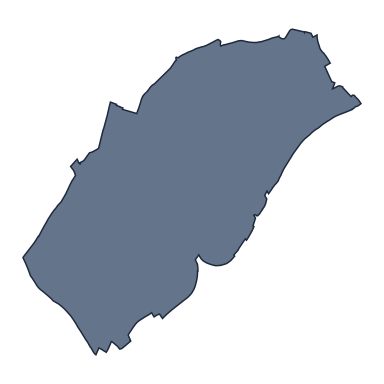 Simpelveld, Limburg, Netherlands, rotated 90°
{"feature_id": "6326949B7850161968800", "entity_name": "Simpelveld", "entity_type": "district", "adm_level": 2, "iso_a3": "NLD", "parent_name": "Netherlands", "parent_adm1": "Limburg", "projection": "equal_earth", "projection_center": [5.98, 50.831], "detail": "fine", "context": "isolated", "style": "filled", "palette": "slate", "viewbox_px": 384, "rotation_deg": 90, "n_neighbors": 0, "source": "geoboundaries", "source_scale": "gbopen_adm2", "svg_char_len": 5769}
<svg xmlns="http://www.w3.org/2000/svg" viewBox="0 0 384 384"><g transform="rotate(90 192 192)"><path d="M102.3,23.9L101.0,24.7L99.3,26.1L98.2,27.2L97.1,28.3L96.5,29.0L96.0,29.1L95.3,29.9L95.2,31.7L96.5,32.7L96.5,33.0L93.4,35.9L89.9,39.1L87.5,41.4L86.9,41.3L86.0,43.6L85.9,44.5L85.9,45.1L86.2,46.1L86.6,47.0L87.8,49.1L88.8,51.4L82.9,49.2L82.2,50.7L82.0,51.3L81.6,52.3L66.3,59.3L65.9,58.5L65.3,57.6L64.5,56.1L64.0,55.4L63.5,54.4L63.2,54.1L63.1,53.8L61.2,54.9L59.9,55.6L57.6,57.1L56.3,57.9L54.0,59.7L53.4,60.1L51.9,61.7L51.0,62.4L49.1,63.7L48.7,63.9L48.0,64.2L45.6,64.9L42.8,65.8L41.1,66.3L39.2,66.6L37.4,66.9L35.3,67.0L35.0,67.0L35.2,67.4L35.9,68.6L36.3,69.4L36.8,70.3L37.2,71.1L33.8,72.7L33.3,73.0L31.7,79.0L32.1,79.2L32.1,79.5L32.5,79.6L32.3,79.7L32.0,79.8L31.9,80.0L29.5,90.2L29.3,91.1L29.2,91.6L29.3,92.1L29.4,92.6L29.6,93.0L29.9,93.4L30.2,93.8L30.5,94.2L31.0,94.5L36.8,98.0L37.4,98.4L37.9,98.8L38.2,99.1L38.5,99.5L38.7,100.0L38.8,100.3L38.8,100.6L38.9,101.0L38.8,101.5L38.7,101.9L38.1,103.2L37.6,104.1L37.3,104.5L36.9,104.9L36.4,105.1L36.1,105.1L36.3,105.3L36.6,106.5L36.8,107.0L37.1,107.8L37.3,109.0L37.7,110.6L38.1,112.2L38.4,112.7L38.9,114.0L39.3,115.0L40.7,119.5L41.2,121.0L41.4,121.7L41.7,122.8L41.8,123.8L41.9,124.3L42.3,126.5L42.5,127.7L42.5,128.5L42.5,130.5L42.3,132.7L42.2,134.4L42.0,135.6L41.0,140.3L41.0,140.6L40.8,140.8L40.7,141.1L40.6,141.9L40.6,142.5L40.6,143.5L40.8,145.1L41.0,146.1L43.1,152.7L43.1,153.1L43.4,154.1L43.7,155.4L44.1,156.9L44.2,157.4L44.4,157.8L44.7,158.5L44.8,158.8L44.6,159.7L45.9,162.9L46.0,163.2L45.5,163.4L44.4,163.7L44.1,163.7L43.7,163.7L42.9,163.6L42.6,163.5L42.2,163.2L41.5,163.4L40.8,163.9L40.3,164.5L39.6,165.8L39.5,166.0L40.3,167.8L43.0,172.8L44.4,175.5L45.1,176.9L45.5,177.8L46.2,179.7L46.5,180.4L46.9,182.4L47.6,184.5L48.1,186.4L48.5,187.5L49.0,188.8L49.3,189.2L50.1,190.6L50.4,191.3L50.6,192.0L51.2,193.1L51.4,193.8L51.8,194.9L52.0,195.5L52.8,197.1L53.6,198.6L54.1,199.6L54.3,200.1L54.8,201.3L55.5,202.5L56.0,203.4L57.2,205.1L57.5,205.6L57.7,206.3L57.7,206.5L57.5,206.9L57.3,207.4L57.2,207.7L57.3,207.9L58.1,208.1L58.3,208.2L58.9,208.0L60.2,207.6L60.8,208.6L64.6,211.1L68.3,213.7L79.1,224.7L83.3,229.0L83.9,229.6L84.4,230.5L85.1,231.6L86.1,232.6L86.8,233.3L87.2,233.7L88.4,234.5L90.3,235.9L91.8,237.1L92.7,238.0L93.7,239.1L94.3,239.7L95.6,240.8L96.5,241.4L96.9,241.4L97.0,241.6L97.6,241.9L98.4,242.2L100.0,242.8L102.0,243.3L105.4,244.4L107.3,245.0L113.5,247.3L109.4,261.5L108.0,261.1L107.0,263.9L106.8,263.9L105.4,267.7L104.4,267.4L102.1,273.6L107.7,275.0L115.2,276.7L128.1,280.2L130.3,281.0L141.8,283.8L143.1,284.1L148.1,285.4L148.4,285.5L150.2,288.4L151.8,291.4L152.2,292.4L152.7,294.1L153.0,294.7L159.8,299.6L160.9,300.5L162.6,304.0L163.8,303.6L164.0,303.9L163.7,304.4L163.6,304.7L163.4,304.8L162.4,305.5L161.3,305.9L160.0,306.5L159.2,306.9L166.5,313.4L170.3,310.5L172.7,309.4L175.5,308.5L176.1,308.9L179.4,311.0L181.5,312.4L181.9,312.5L184.6,313.9L193.4,318.0L196.6,319.8L199.0,321.2L202.2,323.1L203.1,324.0L204.1,325.0L205.1,326.0L208.5,328.4L209.8,329.6L213.2,332.1L218.6,335.6L220.4,336.6L228.4,341.1L236.0,345.1L236.5,345.3L236.3,345.7L241.0,348.6L243.2,350.1L257.4,361.0L257.7,361.0L258.0,360.9L262.8,358.6L265.1,357.6L269.3,355.9L273.0,354.5L275.9,353.5L277.0,352.6L280.9,350.0L285.2,347.3L286.6,346.4L287.2,345.9L289.2,344.0L292.4,340.0L295.5,336.3L298.9,332.5L300.8,330.9L304.1,325.2L304.9,324.2L307.1,321.5L309.2,319.3L311.1,317.5L316.1,313.1L319.1,311.0L322.9,308.5L327.8,305.7L330.9,303.6L336.7,300.0L339.4,298.4L342.4,296.3L347.1,293.7L347.7,293.1L349.1,292.3L352.0,290.6L353.6,289.5L354.8,288.1L348.0,285.1L349.1,282.8L350.5,280.7L351.6,278.8L352.3,277.8L350.6,276.7L347.4,275.1L343.2,273.3L341.5,272.7L341.6,272.3L342.2,271.4L346.2,266.6L348.3,264.9L349.1,264.3L348.6,262.3L345.3,258.2L344.4,257.2L341.2,253.4L340.5,253.8L340.4,253.5L337.9,254.6L336.6,255.2L334.8,255.8L328.0,251.3L325.6,249.6L324.4,248.7L323.1,247.6L322.3,246.8L321.3,245.7L320.5,244.6L318.3,241.2L316.8,238.9L314.1,234.2L312.7,232.4L316.0,230.5L316.9,229.9L316.6,229.4L316.3,229.0L315.5,227.7L315.0,227.0L314.8,226.5L314.5,225.8L314.1,224.5L318.5,221.5L314.7,217.7L313.2,216.0L312.0,214.7L309.5,211.7L307.2,208.8L297.2,196.1L294.8,193.7L293.2,192.4L291.1,191.1L288.5,189.7L286.8,189.1L283.8,188.2L280.5,187.4L277.6,186.9L275.2,186.6L272.9,186.5L271.1,186.5L271.2,186.1L268.5,186.1L267.3,186.2L266.2,186.3L265.4,186.4L264.3,186.6L263.6,186.8L262.6,187.3L259.8,188.7L254.9,185.2L258.0,183.4L259.2,182.5L260.7,181.0L262.2,178.7L263.1,176.9L264.1,174.3L265.0,171.3L265.7,168.4L265.5,164.4L265.3,163.4L265.1,162.4L264.1,159.0L263.8,158.1L263.5,157.5L262.9,156.4L261.4,154.3L260.4,153.1L260.0,152.7L256.2,149.4L255.0,150.2L250.3,146.0L248.2,145.0L238.9,138.7L240.2,137.5L238.9,136.6L236.4,135.1L233.8,133.6L231.1,132.1L228.3,130.8L226.5,130.1L226.0,131.0L221.6,129.6L218.0,128.5L215.2,130.2L214.7,128.5L215.9,127.0L215.5,126.7L215.6,126.2L215.1,125.7L214.1,124.6L211.6,123.0L209.4,121.4L209.1,121.6L207.7,120.4L206.6,119.7L203.8,118.4L200.1,117.5L198.9,117.2L197.7,118.0L196.2,118.8L195.5,119.3L191.1,117.0L193.7,115.4L191.9,114.2L190.7,113.3L189.5,112.4L188.2,111.7L187.0,110.8L185.8,109.9L184.6,109.0L183.6,107.9L182.4,107.0L181.3,106.0L179.9,105.4L178.4,104.8L175.9,103.5L175.7,103.3L175.3,103.1L173.3,102.3L172.7,102.0L170.8,101.1L168.7,100.1L167.9,99.6L166.8,98.9L156.7,92.6L153.7,90.8L143.2,83.2L140.9,81.2L138.8,79.2L136.9,76.9L135.2,74.8L133.1,72.7L131.2,70.5L129.5,68.2L128.1,65.8L126.3,63.6L125.3,62.5L123.6,60.2L122.9,59.0L122.1,57.8L121.3,56.7L120.3,54.8L120.0,54.4L118.3,51.9L116.8,49.5L115.4,46.6L114.7,44.8L113.2,41.0L111.8,37.3L109.5,31.8L109.1,31.9L109.0,31.4L108.6,30.7L107.9,29.7L107.1,29.1L106.5,27.9L106.1,26.6L105.5,25.4L103.8,23.2L103.6,23.0L102.3,23.9Z" fill="#64748b" stroke="#1e293b" stroke-width="1.5"/></g></svg>